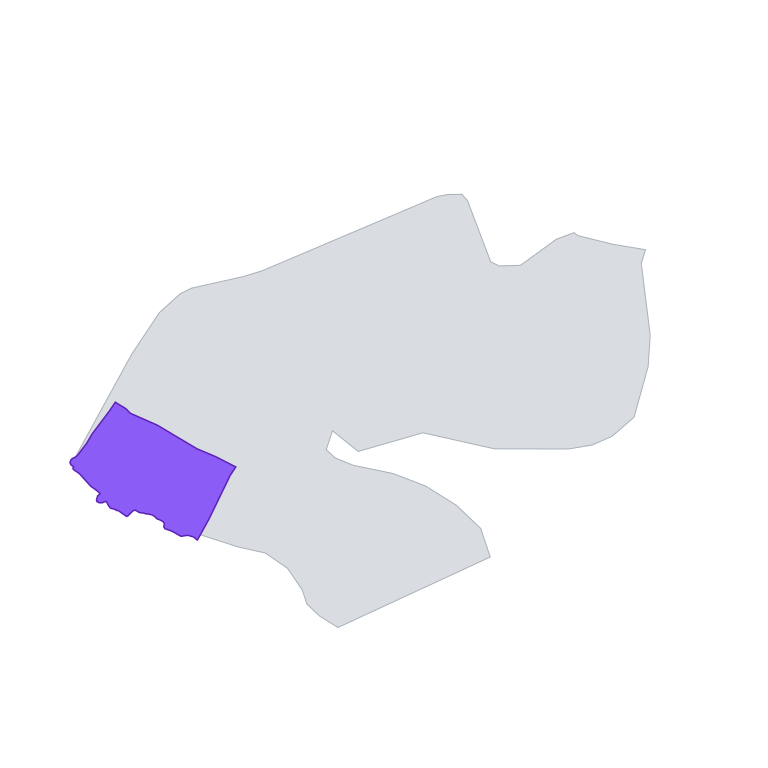 As Eyla, Dikhil, Djibouti shown in context, rotated 33°
{"feature_id": "41766387B73347270872705", "entity_name": "As Eyla", "entity_type": "district", "adm_level": 2, "iso_a3": "DJI", "parent_name": "Djibouti", "parent_adm1": "Dikhil", "projection": "albers", "projection_center": [42.017, 11.095], "detail": "fine", "context": "in_parent", "style": "filled", "palette": "violet", "viewbox_px": 768, "rotation_deg": 33, "n_neighbors": 0, "source": "geoboundaries", "source_scale": "gbopen_adm2", "svg_char_len": 1732}
<svg xmlns="http://www.w3.org/2000/svg" viewBox="0 0 768 768"><g transform="rotate(33 384 384)"><path d="M567.3,471.2L543.4,509.3L512.8,557.9L478.0,613.3L456.2,613.7L439.2,610.5L427.5,601.2L403.5,591.1L376.5,590.4L350.8,600.0L307.1,611.9L267.7,615.8L236.0,622.4L209.6,630.2L185.9,626.0L165.4,619.0L160.9,560.2L156.2,496.5L156.7,446.6L164.0,419.1L170.4,408.4L207.5,370.5L220.4,355.1L262.8,292.2L299.1,238.4L326.2,198.1L334.5,190.2L346.0,182.5L354.1,184.7L406.9,223.4L416.2,222.3L433.8,210.2L449.7,168.7L460.9,153.6L465.7,154.0L499.5,142.3L530.2,129.0L534.1,142.7L580.7,198.1L596.0,225.5L611.8,275.6L603.8,303.5L591.8,321.8L574.0,338.1L512.0,378.2L443.1,403.8L399.1,454.6L366.3,451.3L371.3,470.5L383.5,472.6L402.6,468.9L440.6,454.1L474.4,446.9L510.8,446.3L543.8,452.5L567.3,471.2Z" fill="#d9dde1" stroke="#a8b0b8" stroke-width="1"/><path d="M168.6,545.6L168.4,555.5L166.8,579.5L166.4,585.1L166.9,595.6L165.8,610.8L164.9,613.6L164.1,614.5L163.0,616.8L162.8,618.5L163.5,621.0L165.5,622.3L168.9,622.6L169.0,623.1L169.0,624.2L170.3,624.9L177.3,625.1L189.8,628.4L193.9,629.5L201.3,629.8L205.4,630.6L205.5,631.8L204.7,633.7L206.1,638.0L207.3,639.0L209.9,638.7L212.5,637.0L214.5,634.0L215.6,634.2L216.5,634.5L219.2,636.1L222.3,637.1L226.2,635.8L228.9,635.6L230.2,634.9L240.2,635.3L241.1,634.0L242.5,627.3L243.4,626.0L244.0,625.3L249.1,625.0L252.8,623.1L255.4,622.5L256.8,621.5L261.2,620.0L264.7,620.1L266.8,620.8L270.3,620.0L274.0,619.8L276.0,620.9L276.4,622.0L277.1,623.8L279.1,624.7L286.1,623.0L296.7,622.3L301.8,617.8L307.5,616.0L308.4,616.1L312.0,616.6L312.5,616.5L310.8,592.5L304.8,544.6L304.9,534.3L282.4,536.6L262.4,540.2L216.3,542.0L187.4,546.7L180.9,545.3L168.6,545.6Z" fill="#8b5cf6" stroke="#5b21b6" stroke-width="1.5"/></g></svg>